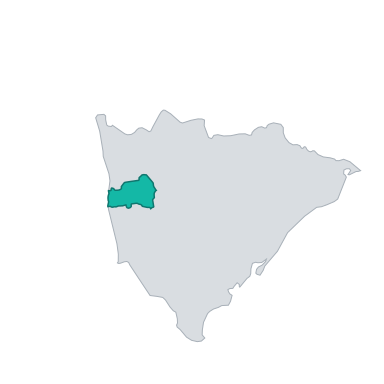 location of Managua within Nicaragua, rotated 37°
{"feature_id": "NIC-659", "entity_name": "Managua", "entity_type": "Department", "adm_level": 1, "iso_a3": "NIC", "parent_name": "Nicaragua", "parent_adm1": "", "projection": "orthographic", "projection_center": [-86.332, 12.202], "detail": "fine", "context": "in_parent", "style": "filled", "palette": "teal", "viewbox_px": 384, "rotation_deg": 37, "n_neighbors": 0, "source": "natural_earth", "source_scale": "10m", "svg_char_len": 3895}
<svg xmlns="http://www.w3.org/2000/svg" viewBox="0 0 384 384"><g transform="rotate(37 192 192)"><path d="M313.8,73.5L312.3,75.6L310.7,76.9L307.3,83.6L306.1,84.2L305.8,79.3L303.8,78.7L301.4,80.5L300.1,83.0L302.2,86.3L304.1,86.3L306.3,87.2L312.6,109.9L311.4,114.0L307.8,120.3L304.3,125.8L300.8,129.2L296.5,143.6L292.8,166.9L295.9,187.9L294.7,207.3L296.0,211.8L296.4,217.5L293.5,218.6L291.8,218.4L290.1,214.9L290.2,211.9L292.0,208.2L292.6,203.3L291.8,200.8L290.1,206.4L287.1,208.9L285.1,209.8L283.2,212.6L285.3,217.9L288.0,221.8L288.9,224.6L287.9,227.9L287.4,239.2L286.5,238.9L285.5,237.4L282.7,237.3L282.4,241.9L282.6,244.4L280.3,246.4L279.4,248.4L281.4,249.8L283.6,250.6L286.2,250.4L288.5,256.0L289.2,260.5L284.1,264.8L282.5,268.3L279.6,272.5L278.0,276.7L277.6,279.7L279.6,289.1L283.2,295.8L286.1,300.0L290.1,300.9L289.2,305.4L286.3,308.3L280.9,310.7L275.0,311.2L265.3,309.0L261.4,308.8L259.8,307.6L259.3,305.4L256.6,302.1L251.4,297.7L248.5,298.1L243.7,297.1L235.8,294.2L232.1,293.8L226.9,296.4L220.8,299.9L206.0,294.7L195.6,291.0L186.3,287.7L183.8,286.4L181.8,286.7L180.0,288.4L178.0,291.5L177.3,292.4L176.3,293.3L175.1,293.5L175.0,292.0L170.5,285.9L163.2,278.5L135.5,255.9L125.3,242.3L119.8,232.5L114.7,227.4L99.7,217.0L96.3,212.9L81.6,198.9L70.4,190.7L70.2,187.3L74.9,183.0L77.2,183.2L79.6,186.3L83.6,189.8L85.5,189.8L88.2,188.2L88.3,186.6L103.4,186.0L106.1,185.1L108.9,182.5L110.3,179.0L110.5,175.5L111.1,173.0L113.5,170.7L118.0,169.9L121.4,169.7L122.4,168.1L121.4,162.8L119.5,150.1L119.2,146.6L119.8,143.9L121.2,143.0L127.9,142.4L140.5,143.4L142.9,142.6L148.0,135.4L152.7,130.1L156.0,127.7L158.7,127.0L161.8,131.7L172.4,138.5L174.2,138.0L175.3,137.7L175.6,136.7L175.4,133.6L178.1,130.7L183.6,128.2L189.1,123.7L194.7,117.3L199.5,113.5L203.6,112.3L205.2,110.6L204.2,108.2L204.5,104.8L206.1,100.4L208.4,97.9L211.6,97.2L212.8,95.8L212.1,93.7L212.7,91.5L215.5,87.7L222.2,84.5L226.1,85.6L229.3,89.8L233.8,92.7L239.7,94.2L244.2,93.6L247.4,90.9L250.3,90.1L252.9,91.1L254.3,90.5L254.4,88.3L255.7,87.7L258.2,88.9L260.5,89.2L262.4,88.6L263.2,87.5L263.6,86.4L265.0,85.5L270.1,86.3L275.7,85.0L281.9,81.5L286.1,79.9L288.1,80.3L290.6,78.5L293.4,74.6L299.9,72.8L313.8,73.5Z" fill="#d9dde1" stroke="#a8b0b8" stroke-width="1"/><path d="M133.6,254.3L132.9,253.4L131.4,250.1L130.9,249.6L130.3,249.3L128.9,247.8L128.0,246.6L127.1,244.8L126.9,244.0L126.7,243.2L126.0,242.6L124.7,241.5L124.5,241.2L125.8,240.3L126.0,240.0L126.2,239.6L126.3,239.5L126.3,239.3L126.2,239.1L125.9,238.7L125.5,237.9L125.4,237.6L125.4,237.3L125.5,237.2L125.9,236.9L126.3,236.8L127.1,236.5L127.4,236.4L127.5,236.5L128.4,236.8L129.2,236.9L129.3,236.9L129.7,236.8L131.7,235.2L132.8,234.0L133.5,232.4L133.4,231.4L133.0,231.0L132.8,230.8L132.5,230.6L132.4,230.3L132.3,229.9L132.3,226.0L132.4,225.1L133.2,224.1L136.8,220.4L142.1,215.1L142.3,214.9L142.4,214.7L142.3,214.3L142.3,213.9L142.2,213.7L141.9,213.4L141.3,212.7L141.2,212.2L141.2,211.8L141.5,210.8L141.6,210.5L141.6,210.2L141.6,209.9L141.7,209.3L141.7,209.1L141.7,208.8L141.9,208.5L142.3,207.9L143.1,207.1L145.3,205.8L154.5,207.9L155.5,208.2L156.3,208.9L157.1,209.8L157.7,210.3L158.2,210.7L161.6,212.0L162.5,212.2L162.2,213.1L162.4,215.0L162.6,215.8L163.0,216.4L163.7,217.4L165.1,218.9L165.3,219.2L165.3,219.5L165.2,220.6L165.2,221.6L165.3,222.0L165.5,222.2L170.3,226.8L170.3,227.3L169.4,228.6L169.1,230.2L168.1,229.8L167.7,229.8L167.3,229.9L165.6,231.2L161.0,233.3L160.0,233.0L159.7,232.8L159.4,232.8L158.5,232.9L156.7,233.7L155.1,234.0L154.1,234.7L150.8,238.0L151.0,238.7L151.7,239.5L152.0,239.9L152.2,240.3L152.1,241.5L151.5,242.5L151.2,242.9L150.9,243.2L150.4,243.4L149.9,243.5L149.5,243.6L148.8,243.4L148.5,243.2L147.0,242.1L145.7,243.7L145.0,244.7L141.6,247.5L140.6,249.2L140.2,249.6L138.7,250.7L138.1,251.5L137.4,252.2L137.2,252.3L136.9,252.4L136.3,252.5L136.0,252.6L135.5,252.6L135.0,252.9L133.6,254.3L133.6,254.3Z" fill="#14b8a6" stroke="#0f766e" stroke-width="1.5"/></g></svg>